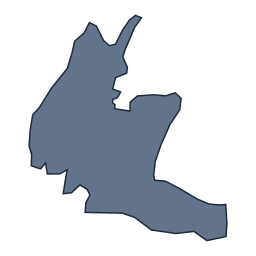 the district of Dzharkurgan, Surkhandarya, Uzbekistan
{"feature_id": "79887680B28452062330935", "entity_name": "Dzharkurgan", "entity_type": "district", "adm_level": 2, "iso_a3": "UZB", "parent_name": "Uzbekistan", "parent_adm1": "Surkhandarya", "projection": "natural_earth1", "projection_center": [67.558, 37.554], "detail": "fine", "context": "isolated", "style": "filled", "palette": "slate", "viewbox_px": 256, "rotation_deg": 0, "n_neighbors": 0, "source": "geoboundaries", "source_scale": "gbopen_adm2", "svg_char_len": 1000}
<svg xmlns="http://www.w3.org/2000/svg" viewBox="0 0 256 256"><path d="M226.0,236.5L226.3,232.7L226.9,223.0L225.8,205.9L225.7,204.5L219.3,205.0L209.0,204.0L197.7,199.3L180.0,188.8L165.5,181.2L154.6,180.2L153.7,175.3L155.2,161.6L161.2,144.3L170.0,124.4L179.7,109.9L181.1,98.5L175.3,92.8L165.9,95.8L153.9,94.8L137.5,95.9L130.2,102.2L130.0,111.0L114.7,108.8L114.9,104.4L112.7,103.3L112.8,99.4L117.2,97.9L120.7,92.0L112.6,89.0L115.6,77.6L126.7,73.1L127.4,67.1L122.8,57.1L125.2,49.5L130.5,37.1L134.6,27.4L141.5,17.8L135.5,15.4L129.4,20.1L122.5,30.2L115.5,44.2L109.5,45.7L103.6,40.6L96.4,26.1L89.4,22.6L84.2,32.8L74.6,41.3L72.1,52.7L67.3,68.4L51.4,88.2L39.4,107.5L32.7,114.9L30.1,130.7L29.1,146.0L31.6,154.3L31.3,165.8L40.5,168.9L45.5,163.0L47.4,174.0L60.0,173.8L67.2,169.7L65.2,181.1L63.2,193.7L71.4,192.8L79.8,184.9L87.3,189.5L89.9,195.1L85.9,202.6L85.1,212.4L122.1,213.1L134.5,217.3L151.5,230.0L175.9,233.5L194.0,231.4L206.8,240.6L226.0,236.5Z" fill="#64748b" stroke="#1e293b" stroke-width="1.5"/></svg>